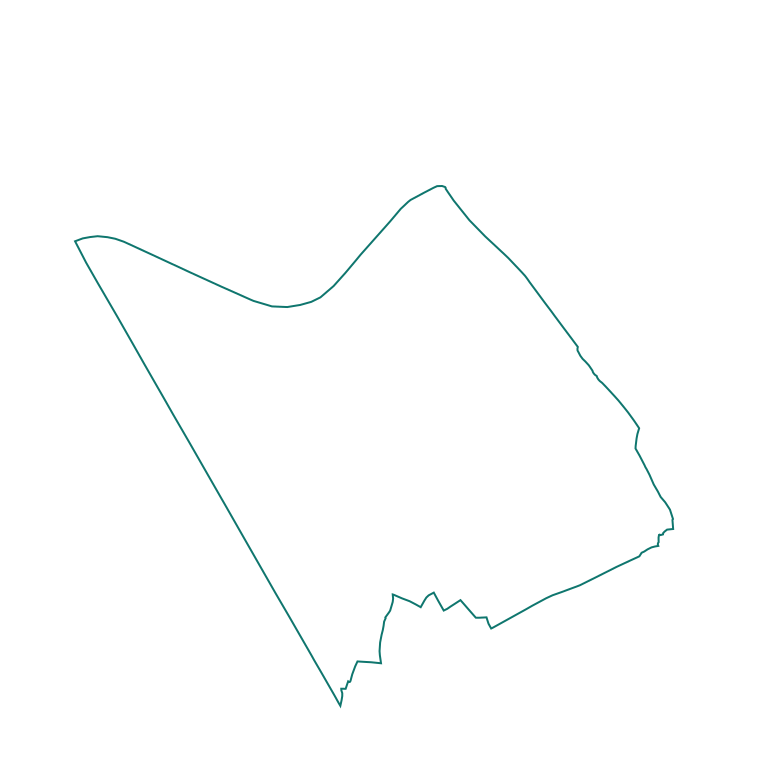 Shomolu, Lagos, Nigeria, rotated 331°
{"feature_id": "59680162B68379866165825", "entity_name": "Shomolu", "entity_type": "district", "adm_level": 2, "iso_a3": "NGA", "parent_name": "Nigeria", "parent_adm1": "Lagos", "projection": "equal_earth", "projection_center": [3.386, 6.541], "detail": "fine", "context": "isolated", "style": "outline", "palette": "teal", "viewbox_px": 768, "rotation_deg": 331, "n_neighbors": 0, "source": "geoboundaries", "source_scale": "gbopen_adm2", "svg_char_len": 2734}
<svg xmlns="http://www.w3.org/2000/svg" viewBox="0 0 768 768"><g transform="rotate(331 384 384)"><path d="M566.6,651.0L570.4,642.7L571.3,642.2L573.2,632.5L572.6,623.8L571.2,616.9L571.4,610.8L571.2,602.7L572.2,592.0L572.4,585.1L572.3,583.8L572.5,581.3L572.8,570.6L572.7,562.4L574.0,560.3L578.5,554.1L581.4,550.6L585.7,546.4L585.6,544.9L584.9,537.1L583.7,527.3L582.6,520.7L581.0,511.9L579.9,507.1L576.9,494.7L575.3,488.7L574.2,486.1L573.7,484.0L573.6,481.9L573.9,480.0L573.1,478.6L572.7,477.2L572.5,475.8L572.5,474.7L572.8,473.4L572.6,471.1L572.2,466.9L571.0,461.9L569.9,458.3L569.4,454.4L569.5,450.9L569.5,448.6L570.2,447.1L571.5,445.5L568.2,421.5L566.2,406.7L565.6,401.8L564.0,390.5L561.4,370.7L560.7,365.4L560.4,362.2L560.1,359.8L559.8,357.8L558.7,353.1L553.8,334.1L551.8,327.7L550.9,325.0L544.0,303.8L538.1,282.2L533.9,257.4L532.9,246.9L532.6,243.2L533.0,242.4L533.0,241.6L532.9,241.3L530.8,239.0L526.4,236.7L522.5,236.4L511.3,236.1L496.5,235.9L493.5,236.4L483.6,238.9L468.1,244.8L426.1,259.6L419.0,262.4L404.1,268.1L387.4,273.9L370.4,277.4L360.2,276.9L348.9,274.2L345.9,273.1L336.7,269.8L323.6,261.8L320.9,259.0L315.1,253.1L310.2,248.1L308.1,245.4L288.8,219.8L267.9,191.5L243.7,158.3L225.4,133.4L219.4,126.7L213.3,121.5L205.2,115.9L198.2,113.0L191.1,110.6L183.0,109.4L182.3,133.5L182.6,157.3L183.4,195.3L183.8,228.2L184.0,249.8L184.4,277.4L184.6,290.2L184.8,309.2L185.4,340.5L185.9,376.9L186.3,405.4L186.4,410.6L186.7,434.9L186.9,451.5L187.0,459.0L187.7,513.9L188.3,541.2L189.0,586.1L189.0,591.5L189.3,605.4L189.7,632.6L189.7,638.0L189.7,640.9L189.8,644.3L191.5,642.4L193.6,640.0L196.2,636.7L197.6,634.2L198.2,631.2L198.9,629.8L202.7,632.0L206.6,628.4L208.5,626.7L209.0,627.7L209.7,628.0L210.7,627.5L215.5,622.5L221.9,617.0L226.3,613.8L232.4,617.7L237.8,621.1L246.0,626.8L248.9,619.2L250.6,615.5L255.3,608.2L260.3,602.2L263.6,598.7L266.4,595.3L268.9,591.9L271.9,589.6L272.0,588.8L277.6,586.2L279.5,585.2L285.9,578.9L288.0,576.0L289.5,572.5L289.6,572.3L290.2,572.9L295.9,580.3L301.1,586.4L304.8,592.0L307.9,597.0L314.2,593.1L317.5,591.3L320.6,590.5L326.4,590.6L326.3,599.8L326.4,611.1L330.3,611.3L334.3,610.9L340.3,610.5L346.1,610.1L346.4,611.5L347.4,616.1L348.6,621.8L349.7,626.9L350.7,631.5L351.0,632.9L353.4,634.3L360.5,637.8L359.7,641.8L359.2,644.3L359.2,649.8L360.8,649.9L380.1,649.9L389.7,649.9L399.1,649.9L406.2,649.8L421.9,650.0L429.0,650.5L438.5,652.1L447.8,653.5L454.2,654.5L457.8,655.0L483.3,656.1L498.6,656.7L514.2,657.8L521.9,658.4L523.8,658.5L527.5,656.5L530.4,656.7L534.3,656.4L538.8,656.6L542.3,657.5L545.4,658.6L545.7,657.1L546.4,656.1L547.5,655.5L549.7,651.4L551.4,649.3L552.1,649.4L552.6,650.2L555.1,650.8L555.8,649.8L557.8,649.1L561.0,648.6L566.6,651.0Z" fill="none" stroke="#0f766e" stroke-width="2"/></g></svg>